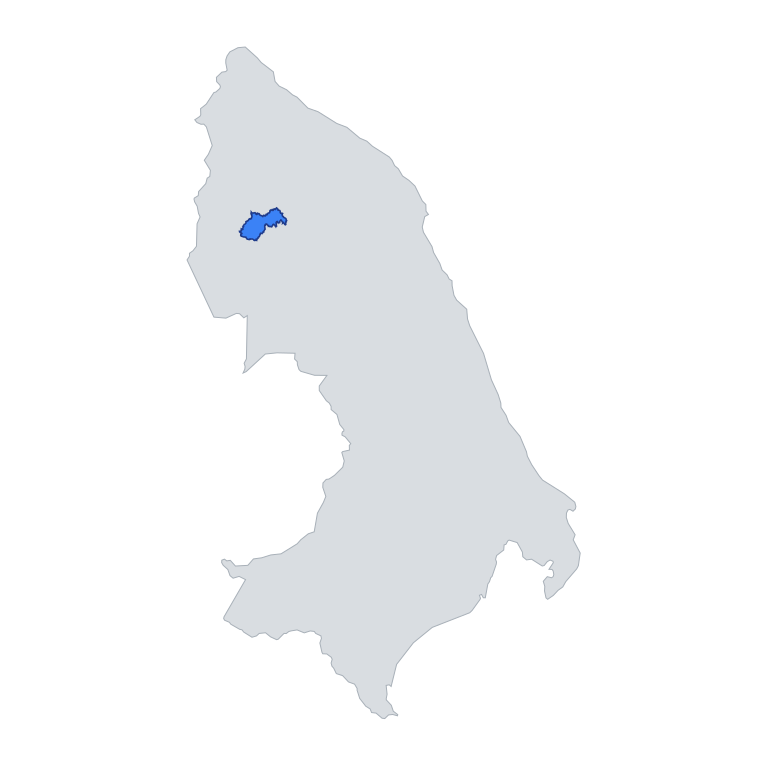 Quispicanchi, Cusco, Peru (highlighted), rotated 181°
{"feature_id": "86281439B28575146552042", "entity_name": "Quispicanchi", "entity_type": "district", "adm_level": 2, "iso_a3": "PER", "parent_name": "Peru", "parent_adm1": "Cusco", "projection": "natural_earth1", "projection_center": [-71.156, -13.517], "detail": "fine", "context": "in_parent", "style": "filled", "palette": "blue", "viewbox_px": 768, "rotation_deg": 181, "n_neighbors": 0, "source": "geoboundaries", "source_scale": "gbopen_adm2", "svg_char_len": 9327}
<svg xmlns="http://www.w3.org/2000/svg" viewBox="0 0 768 768"><g transform="rotate(181 384 384)"><path d="M543.2,202.6L543.1,205.0L540.5,206.1L538.1,204.4L534.6,205.0L529.4,199.4L517.0,200.3L511.5,206.8L503.2,208.1L494.2,211.1L484.0,212.4L468.0,222.7L464.4,226.9L457.1,232.9L451.2,235.0L448.3,253.7L442.5,264.6L440.2,270.6L443.4,279.6L443.3,284.0L440.1,287.6L437.4,288.0L431.9,291.8L423.8,300.1L422.4,306.4L425.0,314.8L424.1,315.7L417.4,317.3L417.6,322.0L416.2,323.8L421.9,330.5L425.1,332.1L425.2,333.8L424.7,335.5L423.4,336.2L423.3,337.7L427.5,342.7L430.5,352.7L436.4,357.5L436.5,360.7L438.3,363.9L441.4,366.3L448.6,376.3L448.7,380.9L441.2,391.6L453.6,391.5L467.3,395.2L469.2,396.9L470.9,401.7L471.1,404.8L473.8,407.4L473.5,413.2L491.5,413.3L503.2,411.9L522.0,394.0L525.1,392.5L523.4,396.4L523.2,399.2L524.2,402.3L522.0,406.7L521.9,450.0L525.3,447.7L529.7,451.8L532.9,452.0L543.2,447.1L555.2,447.9L583.1,504.6L580.7,508.4L580.8,511.3L577.4,513.8L573.9,518.4L573.7,540.9L570.8,547.8L572.4,551.3L573.9,558.5L576.5,562.8L577.2,565.6L576.9,566.6L573.0,569.1L572.7,573.2L565.7,581.2L564.4,586.7L561.8,588.5L561.3,594.6L567.6,604.6L563.6,610.6L559.9,619.4L566.1,638.0L568.7,640.7L571.5,640.5L575.6,642.2L577.8,644.9L572.7,648.4L571.9,650.0L572.2,656.1L566.6,660.7L559.2,672.4L557.2,673.0L553.4,676.5L552.7,678.3L553.3,680.0L556.6,683.4L556.9,687.7L551.5,693.0L547.7,693.6L546.3,695.0L547.8,702.2L547.8,705.5L546.6,709.3L543.9,713.4L535.9,717.7L528.6,718.5L516.3,707.8L512.4,703.3L500.1,694.2L498.2,684.6L494.0,680.0L486.5,676.5L480.5,671.5L476.0,669.3L464.9,658.5L454.7,655.1L435.8,643.7L425.6,640.0L412.5,629.4L405.4,626.5L399.7,621.5L382.6,611.0L379.8,607.7L377.2,602.5L373.4,599.4L369.1,592.3L362.7,588.1L356.5,582.5L348.9,567.7L345.3,564.2L345.0,557.5L342.5,554.3L346.2,552.1L348.5,541.6L347.2,536.4L338.4,522.2L336.7,516.3L330.3,505.5L327.9,499.0L322.8,494.2L320.7,490.1L317.8,488.4L317.6,483.4L315.6,473.9L312.8,469.1L302.6,460.2L301.6,450.4L299.3,443.7L285.0,416.3L276.7,390.1L269.7,375.5L266.9,367.1L266.6,362.6L261.4,354.8L258.7,347.7L247.1,334.0L240.4,318.8L239.4,314.3L234.9,305.9L227.5,295.1L223.8,290.7L201.7,277.3L191.2,269.1L190.0,264.9L190.5,262.4L192.8,260.1L195.9,261.9L197.9,261.2L199.3,258.2L199.4,253.7L197.4,247.8L190.3,236.6L192.1,231.5L184.9,218.4L186.5,205.7L188.1,202.5L198.8,189.6L201.7,184.2L206.3,180.8L211.0,175.6L216.6,171.6L218.3,173.0L219.9,179.9L219.7,184.4L221.3,189.5L217.4,194.2L213.1,193.2L211.5,194.3L210.9,196.5L211.6,200.0L212.7,201.5L215.8,201.6L211.6,208.3L211.9,209.7L214.9,210.9L217.7,209.2L220.7,205.3L222.6,204.8L233.4,211.4L238.4,210.6L242.2,213.7L242.7,218.4L248.1,227.8L256.2,230.1L257.5,229.3L259.3,225.8L261.1,225.3L261.4,220.1L268.4,214.5L269.4,210.7L268.4,208.0L268.6,205.9L272.6,193.5L273.9,192.2L275.1,188.2L276.7,185.8L279.0,172.0L281.0,172.0L282.8,175.3L284.9,174.4L283.8,171.4L284.2,170.3L291.9,159.2L294.3,156.8L331.5,141.5L350.1,125.8L366.5,103.9L371.6,81.7L373.5,83.3L376.6,82.7L375.5,73.8L376.3,69.5L376.2,68.2L371.1,62.9L369.0,57.0L364.5,53.7L364.7,52.5L369.5,53.7L373.7,53.2L377.4,49.5L380.1,49.8L386.2,54.8L390.7,55.3L392.2,58.9L396.6,61.5L402.8,69.2L405.6,77.5L405.5,79.0L408.2,83.4L414.3,85.5L420.3,91.7L426.6,93.6L429.4,99.1L431.1,100.9L432.0,104.1L431.0,107.8L431.9,109.8L436.5,113.1L440.5,113.2L441.4,114.8L443.6,123.9L442.1,128.6L442.7,131.1L447.9,133.4L449.4,135.4L453.5,135.8L459.4,133.8L466.6,136.6L472.2,135.6L474.8,134.9L477.4,132.8L479.6,132.9L485.3,127.0L486.9,126.5L493.0,129.2L498.1,133.2L504.5,132.4L507.1,129.9L511.6,128.5L519.9,133.5L521.8,135.8L524.0,136.2L532.9,141.1L534.5,143.1L539.2,145.0L540.2,146.6L539.9,148.4L519.0,186.0L525.5,189.1L531.5,187.2L534.6,189.7L536.9,195.8L541.6,199.9L543.2,202.6Z" fill="#d9dde1" stroke="#a8b0b8" stroke-width="1"/><path d="M494.5,558.2L494.6,557.9L494.9,557.8L494.9,557.6L495.4,557.3L495.8,556.6L496.0,556.7L496.3,557.1L496.5,557.0L496.8,557.1L496.8,556.7L497.4,556.6L497.7,556.3L497.7,556.0L497.7,555.8L497.8,555.7L498.1,555.5L498.3,555.6L498.5,556.0L498.9,556.5L499.6,555.7L499.9,555.7L500.3,556.0L500.6,555.9L500.7,555.6L501.0,555.3L500.9,554.8L501.2,554.7L501.1,554.1L501.5,553.1L502.0,553.0L502.6,553.0L503.1,552.7L503.5,551.7L503.6,551.3L503.9,551.2L504.1,551.6L504.6,551.8L504.9,551.6L504.9,551.4L505.0,551.3L505.0,550.8L505.4,550.3L505.5,550.0L506.3,550.0L506.5,550.4L506.8,550.6L507.4,550.6L507.5,550.3L507.7,550.1L507.8,549.8L508.1,549.3L508.7,549.7L509.1,550.1L509.5,550.3L509.9,550.2L510.2,550.3L510.5,550.4L510.6,550.6L511.0,550.7L511.1,550.9L511.2,551.2L511.4,551.3L511.6,551.4L511.6,551.9L511.9,552.0L512.0,552.2L512.4,552.2L512.6,552.1L513.3,552.6L513.5,552.3L513.6,551.8L513.8,551.7L514.0,551.3L514.2,551.2L514.6,551.5L514.9,551.8L514.9,552.1L515.2,552.0L515.3,552.6L515.7,552.8L516.0,553.1L516.3,552.9L516.6,552.8L517.0,552.9L517.1,552.7L517.9,552.6L518.4,552.6L518.9,552.9L519.0,552.9L519.4,553.2L519.7,553.6L519.7,553.1L519.9,552.8L519.9,552.4L520.0,552.2L519.6,551.0L519.3,551.0L519.4,550.8L519.3,550.6L519.2,550.1L518.9,549.8L518.9,549.7L519.0,549.4L518.9,549.0L518.9,548.8L519.0,548.6L519.3,548.4L519.3,547.8L519.6,547.5L519.5,547.0L519.9,546.9L520.0,546.9L520.3,546.6L520.9,547.0L521.2,546.9L521.3,546.8L521.4,546.6L521.6,546.6L521.6,546.3L522.0,546.1L522.0,545.9L522.3,545.7L522.6,545.1L522.8,545.1L523.1,544.7L523.5,544.7L523.6,544.4L523.8,544.2L524.4,544.2L524.7,543.9L524.9,543.9L524.9,543.3L524.8,542.9L525.0,542.2L525.6,541.6L526.4,541.1L526.6,541.1L526.8,540.6L527.2,540.1L527.3,539.8L527.6,539.5L527.6,539.3L527.7,539.2L527.2,539.0L527.1,538.9L527.5,538.3L527.6,538.0L527.8,537.8L527.8,537.5L527.9,537.3L528.1,537.2L527.9,536.9L527.9,536.6L527.8,536.3L527.8,536.1L528.3,536.0L528.4,535.9L528.6,535.9L528.8,535.9L528.9,536.0L529.4,536.4L529.4,536.1L529.6,535.4L529.6,535.2L529.4,535.0L529.3,534.8L529.5,534.4L529.9,534.1L530.3,534.2L531.1,534.2L531.0,533.9L531.1,533.7L530.8,533.5L530.7,533.2L530.4,533.1L530.3,532.9L530.0,532.7L529.2,532.6L529.1,532.4L528.9,532.3L528.7,532.1L528.7,531.9L528.9,531.6L529.3,531.5L529.4,531.4L529.7,531.3L529.8,531.1L529.7,530.8L529.9,530.2L529.7,529.7L529.4,529.4L529.2,529.5L529.0,529.2L528.6,529.2L527.9,529.0L527.4,528.6L526.9,528.6L526.3,528.5L526.1,528.6L525.4,528.4L525.0,528.4L524.7,528.4L524.7,528.1L524.5,527.8L524.0,527.5L523.8,527.1L523.7,526.9L523.6,526.6L523.2,526.4L522.9,526.5L522.3,526.2L521.8,526.1L521.6,526.2L521.2,526.0L520.8,526.3L520.5,526.3L520.5,526.7L519.9,526.6L519.6,526.8L519.3,526.6L518.6,526.6L518.1,526.7L517.9,526.6L517.1,526.2L516.9,526.1L516.8,525.9L516.5,525.6L516.5,525.4L516.3,525.3L516.0,525.2L515.5,525.2L515.3,525.4L515.2,525.7L514.9,525.7L514.4,525.5L514.3,525.4L513.8,525.3L513.8,525.8L513.9,526.0L514.0,526.3L514.1,526.6L513.8,526.6L513.1,526.8L513.0,527.3L512.9,527.5L512.6,527.6L512.4,527.7L512.6,528.0L512.4,528.5L512.2,528.6L511.8,529.0L511.6,528.9L511.3,529.0L511.0,529.7L510.9,530.0L510.9,530.9L510.6,531.2L510.4,531.2L510.3,531.5L510.4,532.1L510.2,532.5L509.7,532.7L508.9,532.3L508.6,532.2L508.1,533.0L507.8,533.1L507.7,533.3L507.7,533.5L507.6,533.9L507.4,533.9L507.2,533.8L506.9,533.9L507.1,534.4L506.9,534.5L506.8,534.9L506.5,535.1L506.4,535.5L506.1,535.9L506.0,536.1L506.0,536.4L505.8,536.5L506.0,536.7L505.9,537.1L505.7,537.2L505.6,537.5L505.6,537.8L505.7,538.1L505.9,538.3L506.1,538.9L505.9,539.3L506.0,539.5L506.1,540.2L505.9,540.6L505.7,540.6L505.6,541.0L505.2,540.8L505.0,541.1L504.7,542.0L504.4,541.9L503.8,541.7L503.6,541.3L503.3,541.1L503.2,540.8L502.8,540.4L502.3,540.4L502.3,539.8L502.1,539.9L501.8,539.8L501.5,539.6L501.4,539.4L500.9,539.5L500.7,539.4L500.3,539.6L499.9,539.6L499.7,539.3L499.4,539.4L499.3,539.2L499.0,539.1L498.9,539.2L498.8,539.5L498.7,539.6L498.6,539.9L498.5,540.2L498.1,540.5L497.9,540.9L498.0,541.2L497.6,541.7L497.1,541.8L496.9,541.4L496.6,541.3L496.0,540.9L495.7,540.5L495.6,540.0L495.2,539.9L494.9,539.4L494.8,539.7L494.3,539.9L494.1,540.0L494.2,540.4L494.4,540.7L494.5,541.0L494.5,541.4L494.4,541.5L494.4,542.0L494.6,542.4L494.5,542.9L494.7,543.1L494.7,543.4L494.6,543.8L494.4,544.0L494.2,544.4L493.8,544.6L493.5,544.7L493.3,544.5L493.2,544.3L493.2,544.1L493.1,543.7L492.8,543.3L492.7,543.6L492.4,543.4L492.1,543.4L491.7,543.4L491.6,543.5L491.5,543.4L491.1,543.5L491.1,544.0L491.2,544.3L491.2,544.7L490.4,545.6L490.1,546.2L489.6,546.1L489.3,545.8L489.2,545.5L489.3,545.4L489.2,545.3L489.1,545.1L488.8,544.8L488.6,544.6L488.6,544.2L488.0,543.7L488.0,543.4L488.1,543.0L487.7,543.3L487.5,543.7L487.3,543.8L487.2,543.3L486.8,542.9L486.6,542.8L486.4,542.4L486.2,542.0L485.5,541.4L485.0,541.7L484.9,541.9L485.1,542.5L485.1,542.9L485.0,543.2L485.1,543.6L485.1,543.8L484.5,544.4L484.9,544.8L485.0,545.0L484.7,545.2L484.6,545.5L484.2,545.8L484.5,546.2L484.5,546.4L484.6,546.5L484.8,547.0L484.8,547.4L485.1,547.8L485.5,547.9L485.8,548.3L486.1,548.3L486.7,548.7L487.2,548.8L487.3,549.0L487.3,549.3L487.6,549.7L487.9,549.6L488.3,549.9L488.3,550.1L488.6,550.5L488.6,550.8L488.7,551.0L488.7,551.6L488.9,551.9L488.6,552.0L488.5,552.4L488.3,552.8L488.5,552.9L488.9,552.9L489.2,553.0L489.6,552.8L490.0,552.9L490.4,552.9L490.7,553.5L490.8,553.7L490.6,553.9L490.7,554.3L490.8,554.6L490.9,555.1L491.2,555.6L491.4,555.6L491.6,555.8L491.8,555.9L492.2,555.8L492.4,555.8L492.7,555.9L492.9,555.8L493.0,555.9L493.2,556.5L492.9,556.6L493.0,556.9L493.5,557.3L493.7,557.2L493.8,557.2L494.0,557.5L494.1,558.0L494.5,558.2Z" fill="#3b82f6" stroke="#1e3a8a" stroke-width="1.5"/></g></svg>